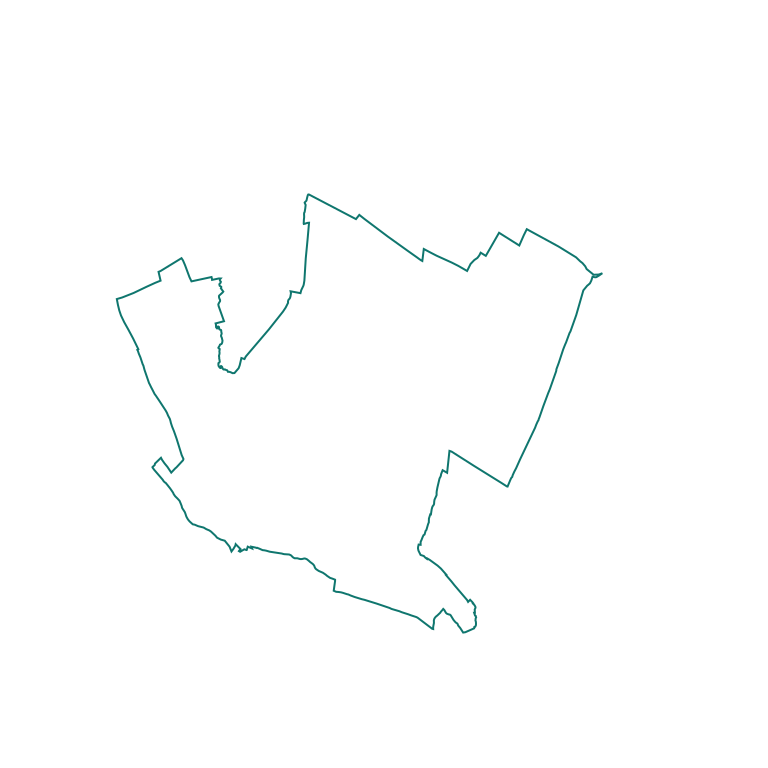 Oras Targu Frumos, Iasi, Romania, rotated 48°
{"feature_id": "2599482B18034592271284", "entity_name": "Oras Targu Frumos", "entity_type": "district", "adm_level": 2, "iso_a3": "ROU", "parent_name": "Romania", "parent_adm1": "Iasi", "projection": "natural_earth1", "projection_center": [27.003, 47.228], "detail": "fine", "context": "isolated", "style": "outline", "palette": "teal", "viewbox_px": 768, "rotation_deg": 48, "n_neighbors": 0, "source": "geoboundaries", "source_scale": "gbopen_adm2", "svg_char_len": 6165}
<svg xmlns="http://www.w3.org/2000/svg" viewBox="0 0 768 768"><g transform="rotate(48 384 384)"><path d="M189.1,440.6L178.9,458.4L174.5,457.1L162.7,452.4L157.7,450.7L155.0,450.3L150.5,474.5L149.8,476.5L157.7,480.9L155.7,486.4L152.9,495.3L148.8,509.2L144.5,520.7L142.1,525.7L147.2,528.8L152.2,531.5L157.1,533.6L164.2,535.7L172.6,537.6L182.3,540.0L193.8,543.3L193.6,544.5L194.4,544.6L197.4,545.9L201.2,547.2L207.8,550.1L209.3,550.5L213.2,552.5L226.1,558.0L227.4,558.3L230.5,559.2L233.6,560.0L238.1,561.2L239.6,561.3L246.7,562.3L257.6,564.0L260.2,564.6L263.0,565.6L266.6,566.5L268.7,567.5L270.3,568.4L273.9,570.0L278.6,571.7L285.8,574.7L301.4,581.9L305.5,583.2L305.8,583.6L306.2,584.4L307.1,594.4L307.0,595.2L307.5,601.4L300.6,600.4L296.1,600.2L291.9,599.7L289.6,599.1L289.9,607.4L290.8,608.7L290.8,611.6L291.1,611.9L294.0,612.2L307.0,612.5L308.8,612.8L310.5,612.7L311.3,612.4L313.8,612.5L318.5,612.8L321.7,613.2L323.7,613.5L325.2,614.0L327.7,614.3L331.1,614.1L334.0,614.1L336.9,615.1L339.3,616.0L340.5,616.7L341.3,617.0L345.7,617.7L347.1,618.2L350.3,619.6L352.8,620.2L354.6,620.4L356.4,620.4L360.3,620.0L361.9,618.8L365.2,617.3L370.0,614.1L372.9,613.2L375.9,611.8L377.9,611.3L383.9,610.8L386.5,610.9L390.4,609.4L393.9,607.2L401.5,607.6L406.4,609.4L405.8,606.3L404.6,602.5L403.8,601.4L410.7,601.1L410.9,602.7L411.1,603.6L412.4,603.2L413.4,598.4L415.4,597.3L415.5,597.1L413.7,594.1L418.0,592.1L416.2,591.4L419.5,589.0L420.7,588.3L420.8,587.9L423.2,586.7L426.2,585.4L427.4,584.3L429.0,583.1L432.2,581.1L441.6,573.4L442.6,572.8L443.6,572.1L447.2,568.6L448.7,567.9L449.6,567.7L450.9,567.7L452.4,567.5L453.7,567.0L454.5,566.1L455.4,565.1L457.9,563.5L458.8,562.6L459.4,561.7L460.3,560.0L461.1,559.3L462.5,558.6L464.9,558.2L466.9,558.0L469.8,557.4L471.2,557.3L472.5,557.5L473.9,558.1L475.3,558.4L476.4,558.3L479.2,557.6L483.4,555.7L486.7,554.9L488.4,554.7L492.0,553.8L494.1,552.6L496.7,551.3L497.7,552.2L499.1,553.9L504.0,559.7L506.4,558.6L508.2,556.9L510.0,555.4L511.5,554.4L515.5,552.1L516.6,551.3L518.7,550.4L522.7,548.3L529.2,544.4L531.2,543.0L535.9,540.2L542.1,536.5L554.2,529.7L556.2,528.9L563.2,524.6L565.5,523.5L571.5,520.0L574.2,518.6L578.7,516.0L579.9,515.5L580.7,515.3L597.4,512.1L598.1,512.0L599.0,511.4L597.9,510.5L596.8,509.2L595.0,506.8L593.1,505.2L592.6,504.5L592.0,503.4L591.7,502.0L591.6,501.0L591.7,499.4L591.6,495.2L591.3,494.2L591.0,491.5L590.8,490.5L592.2,490.4L595.5,491.1L596.7,491.0L598.5,490.1L599.4,489.4L600.5,489.2L605.8,490.2L608.2,490.3L609.6,490.2L611.0,489.8L611.7,489.9L612.6,490.3L613.3,490.5L616.2,490.6L621.7,491.5L622.9,489.6L625.9,480.5L625.0,479.5L625.1,479.0L625.4,478.6L624.8,477.2L623.9,476.2L622.3,474.9L621.0,474.3L619.5,472.7L619.1,471.7L617.6,471.0L617.0,471.3L614.3,470.1L614.8,469.5L612.3,467.5L611.5,465.7L610.6,465.1L608.8,464.7L606.7,464.8L606.7,464.4L605.3,464.3L602.0,464.4L602.2,467.3L600.1,466.8L580.8,466.3L575.9,466.0L567.4,465.8L567.5,465.3L559.3,465.2L554.8,465.7L545.4,467.7L542.5,468.6L542.8,469.1L540.6,469.5L538.5,469.5L535.5,471.2L530.9,469.9L529.0,468.8L528.0,467.8L526.5,465.7L528.0,464.4L525.8,462.4L525.1,460.7L523.5,457.5L522.8,455.8L523.0,454.6L521.0,451.4L520.8,450.1L517.7,445.1L516.7,443.1L515.7,442.3L515.3,441.8L514.1,440.7L511.8,436.8L512.3,436.4L509.1,432.5L507.9,430.7L507.4,429.6L507.2,428.4L506.9,427.5L506.4,426.8L505.1,425.5L503.8,423.9L502.2,420.2L501.7,419.2L500.0,417.7L498.9,416.5L496.6,413.5L491.6,406.3L491.0,405.1L490.7,404.0L490.1,403.0L489.2,401.9L487.3,398.1L492.2,396.5L477.5,380.1L479.5,379.0L504.7,372.0L536.2,362.9L542.4,361.2L542.9,360.8L539.5,353.6L538.9,352.0L538.9,351.0L537.9,349.4L536.4,346.0L535.0,342.2L531.1,333.4L517.6,301.0L516.1,298.1L514.6,294.7L514.3,293.5L513.5,292.3L512.9,291.0L506.9,280.1L500.6,268.0L498.9,264.4L489.9,247.9L489.4,247.1L488.4,246.0L485.3,240.1L478.2,227.7L476.8,224.9L475.6,222.4L475.0,221.0L470.3,212.1L469.7,210.3L461.4,195.0L447.8,173.2L446.9,167.1L447.0,166.0L447.0,163.6L445.9,160.8L443.8,157.2L445.6,156.0L446.2,155.4L446.7,154.6L447.2,152.1L447.8,147.6L446.4,151.1L443.1,155.1L434.2,156.5L431.2,155.7L426.9,155.6L424.1,156.1L418.4,156.5L398.6,162.3L364.5,174.3L367.0,180.6L371.6,190.8L348.6,197.3L356.9,222.6L351.1,224.3L352.2,227.1L352.8,230.2L352.3,233.9L352.7,239.3L355.6,246.6L345.8,249.8L339.1,252.4L324.0,259.0L318.2,261.2L310.3,264.1L317.0,271.8L318.2,273.2L316.8,273.7L314.7,274.2L311.8,274.8L301.2,277.2L277.0,282.5L248.3,288.1L241.8,289.2L242.7,294.5L192.9,313.0L192.5,313.5L192.7,314.3L194.0,316.3L195.7,318.7L195.9,319.2L196.0,321.1L196.1,321.6L196.5,321.8L198.5,322.4L200.8,325.0L202.4,327.0L203.1,327.9L203.4,328.8L204.2,329.7L205.8,331.0L206.8,331.9L208.2,333.5L211.0,336.3L211.4,336.5L212.0,335.5L212.6,334.0L213.3,332.7L214.0,331.8L226.2,344.9L238.3,358.1L253.9,374.0L256.3,377.0L257.0,378.1L258.9,382.7L260.6,385.3L252.6,391.4L254.3,392.4L256.3,394.9L256.7,395.5L257.1,396.2L257.4,397.0L257.5,398.4L257.8,399.2L258.5,400.2L259.5,401.0L261.4,405.9L262.6,410.6L266.4,433.0L271.1,468.3L272.1,471.0L269.3,472.6L273.6,478.8L275.0,481.5L275.8,487.8L274.6,489.3L272.6,490.1L271.2,491.0L270.5,491.8L269.9,491.6L268.8,491.4L267.9,492.0L266.6,492.5L266.3,493.2L265.6,493.6L264.4,493.5L263.1,492.9L262.0,492.9L261.6,493.1L261.6,493.5L262.7,494.4L262.8,494.7L262.5,495.0L261.6,495.1L260.1,494.9L259.3,494.5L258.3,493.7L257.7,493.0L257.8,492.1L257.6,491.2L255.7,489.9L254.6,489.3L253.7,488.4L253.0,488.1L252.5,487.6L251.9,486.6L250.9,485.4L249.8,484.7L248.1,482.7L247.0,482.9L246.3,482.9L245.9,481.9L245.5,480.4L245.0,479.6L245.1,479.0L245.5,478.2L245.4,477.4L244.8,476.3L243.7,475.0L241.1,473.6L239.5,473.1L238.9,472.6L238.0,471.0L237.5,470.6L236.5,470.1L235.5,469.3L234.9,469.0L234.0,469.4L233.5,469.7L233.1,469.7L231.1,468.5L230.4,468.7L230.2,468.9L230.3,469.6L231.2,470.5L231.0,470.9L230.1,470.9L229.4,470.8L227.5,469.2L226.3,468.6L230.3,460.9L215.3,454.7L213.9,453.8L213.2,452.0L212.8,450.5L212.5,450.1L211.6,449.5L211.4,449.5L209.5,448.8L208.2,447.8L208.0,447.2L208.0,442.8L207.8,441.6L203.8,441.2L203.7,440.7L202.8,439.9L201.1,440.4L199.9,439.8L199.5,439.2L199.4,437.6L198.8,436.8L197.3,436.7L196.5,436.1L196.3,434.8L195.0,436.2L191.6,442.1L190.6,441.4L189.1,440.6Z" fill="none" stroke="#0f766e" stroke-width="2"/></g></svg>